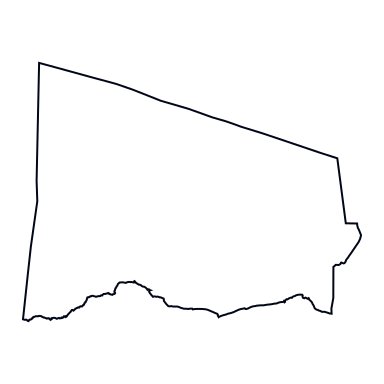 outline of Falealili, Tuamasaga, Samoa
{"feature_id": "51752279B81921466612681", "entity_name": "Falealili", "entity_type": "district", "adm_level": 2, "iso_a3": "WSM", "parent_name": "Samoa", "parent_adm1": "Tuamasaga", "projection": "robinson", "projection_center": [-171.676, -13.991], "detail": "fine", "context": "isolated", "style": "outline", "palette": "ink", "viewbox_px": 384, "rotation_deg": 0, "n_neighbors": 0, "source": "geoboundaries", "source_scale": "gbopen_adm2", "svg_char_len": 3965}
<svg xmlns="http://www.w3.org/2000/svg" viewBox="0 0 384 384"><path d="M70.6,71.5L39.1,62.9L36.6,181.0L37.3,201.3L30.9,246.3L27.9,273.5L23.0,319.3L24.6,319.8L26.5,319.7L27.9,321.0L28.5,321.1L29.2,319.9L29.8,319.9L30.2,319.4L31.4,319.3L32.2,318.4L32.5,318.3L32.4,317.8L33.6,316.9L34.5,316.9L35.6,316.2L38.1,316.3L38.8,315.9L41.1,316.1L42.0,316.8L42.5,316.8L43.4,317.5L44.4,317.5L45.5,318.1L46.7,318.3L47.0,318.6L47.4,318.3L48.6,318.2L49.4,318.6L49.5,319.1L50.3,319.3L50.5,319.8L51.4,319.3L51.6,318.3L52.2,318.5L52.6,318.0L53.6,317.8L55.0,317.9L56.9,318.8L58.1,318.2L59.1,317.9L59.7,318.4L61.8,318.0L61.8,317.5L63.1,317.5L63.3,317.1L63.8,317.1L64.1,316.3L65.2,316.7L65.4,316.3L66.0,316.1L66.1,316.8L66.6,316.5L66.5,315.9L67.0,315.8L68.5,313.9L69.9,312.5L70.5,312.0L70.7,311.4L71.4,310.8L71.7,310.1L72.4,309.9L73.6,310.6L74.4,309.7L74.9,309.4L75.4,308.6L76.0,308.5L77.2,307.8L77.7,307.8L78.2,307.3L79.3,307.5L79.9,306.7L80.4,306.3L81.9,306.5L82.6,305.6L83.3,305.4L83.4,304.8L84.1,304.5L84.4,303.2L85.5,302.4L85.4,301.8L86.2,300.9L86.8,299.8L86.8,299.1L87.3,297.7L87.6,297.8L88.2,297.1L89.4,297.1L90.4,296.2L91.0,296.3L92.1,295.8L93.2,295.9L95.5,296.6L96.0,296.8L98.4,296.1L99.1,296.2L100.4,296.0L100.9,295.4L102.3,295.4L102.4,294.9L103.6,294.0L105.3,293.9L107.4,293.3L107.8,293.4L108.2,293.0L109.3,293.6L109.4,294.0L110.2,294.1L110.4,294.4L112.4,294.8L112.7,294.3L113.9,294.1L114.6,293.8L115.1,293.1L115.0,292.6L114.3,291.8L114.5,291.0L115.0,290.2L115.2,289.1L115.5,288.2L116.1,287.7L116.6,286.3L117.3,285.7L117.9,284.0L118.9,283.2L119.5,282.5L120.3,282.5L121.7,282.3L123.3,282.4L125.8,282.9L127.2,282.2L129.1,281.9L130.3,282.1L131.4,282.0L133.8,282.5L134.1,281.4L134.5,281.1L135.0,281.6L136.1,283.0L136.6,283.2L137.7,284.0L139.0,284.7L139.8,284.7L141.1,285.3L141.6,285.9L142.6,286.5L144.4,286.8L145.7,287.7L146.5,288.4L147.4,289.7L147.8,289.2L149.3,289.5L149.7,290.1L150.3,290.3L149.5,290.6L149.1,291.2L149.1,291.7L149.6,292.7L151.2,294.8L153.0,296.8L154.0,296.4L154.6,296.4L156.6,296.8L157.6,296.6L159.0,297.0L159.8,297.4L160.5,297.3L163.5,298.5L163.8,298.9L163.9,300.9L164.5,301.7L166.4,304.2L167.4,305.1L168.1,306.0L169.0,306.3L170.0,306.3L171.2,306.1L172.8,306.5L174.9,306.5L175.6,306.6L176.5,306.5L177.5,306.6L178.6,306.9L181.0,307.9L183.8,308.7L187.5,308.8L188.2,309.0L190.6,308.6L192.4,308.7L192.8,309.4L194.8,309.0L199.4,308.9L202.4,309.0L205.8,309.3L208.0,309.9L213.4,312.2L214.9,312.9L217.2,313.8L217.9,314.8L217.8,315.7L218.3,316.3L218.7,317.2L219.3,316.8L220.9,316.0L223.7,315.1L226.0,314.5L228.6,313.5L229.6,313.4L231.6,312.8L234.1,311.9L236.3,310.8L239.1,309.6L240.3,309.2L244.6,308.3L244.7,308.5L245.6,309.0L246.3,309.0L248.0,308.5L250.9,307.0L252.9,306.4L255.6,306.0L257.0,305.6L257.9,305.6L260.4,305.3L263.5,305.3L266.5,304.8L267.0,304.7L271.0,304.3L275.2,303.5L276.5,303.5L278.7,302.6L280.1,302.2L283.1,301.9L283.6,301.7L284.2,300.7L284.5,300.8L284.7,302.1L285.1,301.8L284.9,300.9L286.1,299.6L286.7,299.2L287.5,299.4L288.9,298.4L290.5,297.7L291.9,297.8L292.3,297.1L293.5,296.4L295.2,295.9L296.0,295.3L298.0,294.8L299.8,294.6L301.8,294.7L302.3,294.8L302.7,295.5L302.5,296.5L302.9,297.7L304.2,298.3L305.4,297.6L306.0,297.8L307.5,298.8L307.9,298.7L308.6,298.1L308.9,298.4L309.0,299.3L311.6,301.9L312.1,302.7L312.6,304.0L313.5,305.3L314.7,308.2L315.4,308.9L316.5,309.6L318.0,310.0L318.7,310.5L320.5,311.0L321.8,311.8L324.6,311.8L325.3,312.0L328.5,313.0L329.3,313.4L331.6,313.7L331.4,308.6L333.3,298.1L333.4,266.9L335.0,265.6L335.6,264.9L337.2,264.9L338.5,265.0L339.3,264.7L340.4,264.0L341.0,262.7L341.4,262.5L342.9,263.2L343.7,263.4L344.5,263.1L345.4,261.9L346.3,259.7L348.0,257.6L348.8,256.3L351.5,252.5L358.7,241.9L360.3,238.4L360.4,237.5L360.9,236.0L361.0,235.0L358.8,229.6L357.9,227.9L357.4,226.1L357.1,224.3L357.1,223.5L345.8,223.3L337.3,158.3L320.5,152.9L262.7,133.4L241.6,126.9L233.1,123.8L225.9,121.3L212.1,117.3L188.4,108.8L160.9,100.8L132.6,89.6L116.1,83.9L101.0,79.8L90.2,76.9L70.6,71.5Z" fill="none" stroke="#020617" stroke-width="2"/></svg>